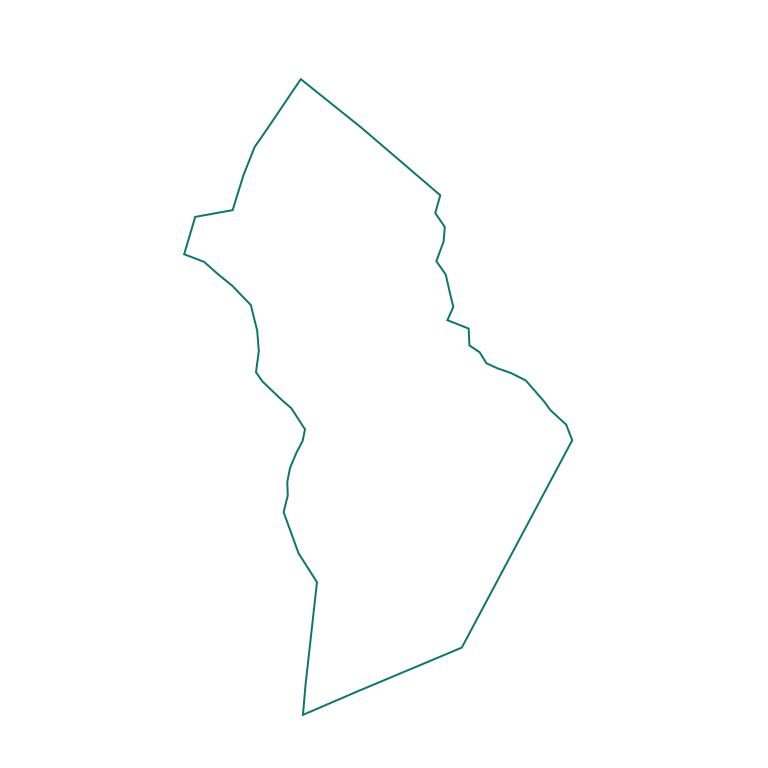 Arês, Rio Grande do Norte, Brazil, rotated 261°
{"feature_id": "56859067B99959531577878", "entity_name": "Arês", "entity_type": "district", "adm_level": 2, "iso_a3": "BRA", "parent_name": "Brazil", "parent_adm1": "Rio Grande do Norte", "projection": "robinson", "projection_center": [-35.195, -6.196], "detail": "fine", "context": "isolated", "style": "outline", "palette": "teal", "viewbox_px": 768, "rotation_deg": 261, "n_neighbors": 0, "source": "geoboundaries", "source_scale": "gbopen_adm2", "svg_char_len": 787}
<svg xmlns="http://www.w3.org/2000/svg" viewBox="0 0 768 768"><g transform="rotate(261 384 384)"><path d="M698.1,349.5L654.1,308.4L638.3,293.3L612.1,277.8L579.4,261.7L578.6,223.7L543.4,206.9L532.7,225.5L518.2,237.4L504.9,249.4L482.8,264.8L456.6,267.1L436.1,265.5L415.6,259.4L405.6,264.3L384.5,280.3L374.5,288.7L351.6,298.9L340.5,294.7L329.9,286.8L315.7,278.0L302.2,273.1L288.9,271.5L273.2,264.8L230.2,273.1L198.7,286.8L99.0,259.4L69.9,252.2L84.7,310.3L111.5,419.6L299.0,561.1L315.3,557.6L332.1,544.3L341.5,539.5L365.3,524.6L375.1,510.9L381.4,499.1L388.4,488.4L400.3,483.5L408.7,474.4L425.5,476.3L437.1,456.6L449.2,464.5L464.3,463.3L482.4,462.1L497.1,454.9L515.5,465.2L529.6,468.6L544.8,461.4L561.6,469.1L640.4,402.0L698.1,349.5Z" fill="none" stroke="#0f766e" stroke-width="2"/></g></svg>